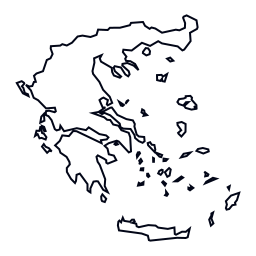 SVG path tracing the border of Greece
{"feature_id": "GRC", "entity_name": "Greece", "entity_type": "country or territory", "adm_level": 0, "iso_a3": "GRC", "parent_name": "Europe", "parent_adm1": "", "projection": "mercator", "projection_center": [23.941, 38.339], "detail": "fine", "context": "isolated", "style": "outline", "palette": "ink", "viewbox_px": 256, "rotation_deg": 0, "n_neighbors": 0, "source": "natural_earth", "source_scale": "50m", "svg_char_len": 5905}
<svg xmlns="http://www.w3.org/2000/svg" viewBox="0 0 256 256"><path d="M186.6,15.4L196.5,20.3L197.6,27.2L197.0,28.9L190.0,32.8L190.6,41.1L184.2,49.6L182.4,50.4L177.7,46.4L162.0,43.4L158.2,41.2L150.1,45.9L141.9,42.8L131.7,50.5L123.4,49.7L122.9,52.1L126.4,56.6L125.2,58.8L126.1,60.9L130.4,61.2L135.1,64.0L138.5,70.1L133.7,65.6L127.3,63.0L122.5,63.9L122.3,65.4L128.7,71.2L129.6,74.3L128.2,76.3L125.3,74.4L120.9,67.5L114.7,66.2L113.7,67.6L114.9,71.2L121.1,76.5L119.9,77.7L113.9,75.5L112.2,72.1L111.7,67.8L101.0,61.6L99.8,58.5L101.6,55.1L94.1,58.3L94.4,62.7L92.5,71.1L93.1,73.9L99.4,81.9L103.1,89.8L109.7,96.7L112.2,102.9L107.7,105.3L106.8,104.3L107.9,100.1L103.5,97.6L101.6,98.5L99.5,100.1L100.7,103.0L102.8,107.7L105.4,107.4L98.5,112.0L92.5,113.1L104.2,117.3L107.2,119.8L110.2,120.0L113.2,124.5L118.4,125.7L121.4,130.2L128.7,132.8L130.2,137.2L131.0,151.4L128.8,152.4L118.7,141.5L116.7,140.7L108.7,143.2L104.6,145.8L107.5,148.6L108.8,154.3L113.9,155.6L116.3,160.2L107.8,163.6L106.3,162.7L106.2,160.2L104.1,158.8L97.8,155.4L96.5,156.8L97.6,161.7L99.8,165.0L105.2,179.2L104.7,186.0L107.8,192.3L103.2,189.8L98.0,181.4L96.3,181.2L93.5,181.6L90.4,188.5L90.4,192.4L88.8,191.4L87.5,190.2L87.5,184.1L79.8,173.6L76.6,174.8L76.0,180.9L75.0,183.0L71.0,178.9L66.9,171.9L66.8,168.0L69.8,164.4L69.4,161.9L66.6,156.9L60.4,152.7L59.3,149.2L55.1,145.4L59.8,140.9L62.3,135.4L68.9,136.1L73.2,131.0L76.5,131.2L101.6,143.2L100.9,140.2L106.8,139.4L108.4,137.4L106.1,135.4L99.4,134.1L88.7,127.4L86.0,130.1L76.8,128.2L64.1,131.2L60.4,125.7L59.7,129.5L56.6,130.4L54.8,129.1L51.6,120.2L48.5,116.2L46.0,115.1L45.8,112.9L46.1,111.1L49.1,110.7L54.7,112.2L55.8,111.3L54.9,107.7L46.1,108.4L38.1,100.2L33.7,97.8L30.9,90.4L25.9,84.9L29.3,86.5L32.3,86.0L33.9,82.0L35.8,81.8L34.0,75.8L36.5,73.5L43.0,71.2L46.8,60.0L50.5,58.3L52.6,54.0L50.7,48.7L50.9,46.2L60.2,45.6L62.3,44.2L66.8,45.5L72.0,42.7L77.6,36.5L82.5,35.6L90.5,37.0L96.5,34.9L98.1,29.6L107.7,30.0L109.9,27.8L120.1,27.7L129.9,25.2L131.0,22.9L143.0,22.0L145.0,25.8L149.6,28.8L151.5,27.5L155.3,28.5L162.0,32.7L175.8,29.7L179.4,30.3L184.9,27.8L185.1,23.1L183.1,17.8L183.6,16.7L186.6,15.4ZM124.2,220.9L129.9,221.8L132.0,219.7L133.9,219.7L134.7,221.5L132.4,222.8L136.2,223.7L136.7,226.3L138.8,227.2L148.3,225.1L155.6,225.6L158.2,227.6L167.8,228.9L174.4,227.5L174.8,234.0L176.0,234.7L182.1,231.7L185.8,231.8L189.7,228.6L187.7,237.2L185.7,238.0L177.0,237.8L150.3,240.6L148.9,240.1L147.9,235.7L141.6,233.5L119.0,230.4L117.9,225.4L118.4,221.6L119.4,220.6L121.1,222.3L122.8,217.7L124.2,220.9ZM111.8,107.5L117.3,114.9L126.4,119.1L132.9,120.4L134.8,124.0L134.4,126.5L136.7,134.6L138.9,136.5L144.2,137.0L144.6,141.2L142.6,142.8L138.9,141.2L135.1,138.0L134.5,135.1L130.6,129.0L123.3,128.6L120.5,127.2L119.7,123.6L110.2,115.3L104.4,112.9L102.0,114.1L100.3,113.0L110.4,107.7L111.8,107.5ZM192.0,97.7L191.6,99.7L196.4,105.1L196.5,107.7L194.1,106.2L195.6,108.9L191.5,109.6L185.6,107.9L184.2,106.0L188.5,102.1L186.0,102.2L183.3,105.5L179.0,104.1L177.4,102.0L179.1,99.1L183.7,98.5L185.7,97.6L185.7,96.2L190.4,95.9L192.0,97.7ZM229.2,209.0L226.6,209.6L225.9,208.1L226.9,204.5L225.9,201.2L231.0,195.6L239.2,192.8L237.0,200.0L235.0,202.6L235.5,204.6L232.3,205.2L229.2,209.0ZM185.5,131.8L181.4,136.5L178.6,133.8L178.1,132.9L181.2,130.2L177.6,125.1L177.4,122.9L181.7,122.0L185.6,124.0L185.5,131.8ZM40.5,126.2L42.1,133.0L43.9,133.7L46.4,137.2L45.6,139.5L41.6,137.9L39.5,138.3L37.6,134.1L35.1,135.9L36.5,130.7L39.4,130.9L40.5,126.2ZM27.9,94.2L28.5,96.1L22.9,93.3L16.8,83.0L21.7,81.2L24.0,82.8L24.3,83.7L21.9,86.3L23.4,88.0L24.8,93.0L27.9,94.2ZM167.1,74.0L164.7,81.6L162.3,81.1L162.0,78.7L160.3,80.9L157.1,80.1L157.0,75.1L161.6,74.9L162.9,76.6L167.1,74.0ZM202.8,148.0L208.3,149.4L208.7,151.4L203.3,153.5L196.5,150.9L198.0,149.0L202.8,148.0ZM149.6,54.2L146.3,55.4L142.9,53.1L143.0,51.8L145.7,48.1L148.2,48.4L150.0,51.2L149.6,54.2ZM48.9,148.2L51.7,151.4L49.5,150.6L47.1,152.8L42.0,146.6L43.8,144.1L45.6,146.7L48.9,148.2ZM169.6,175.5L167.3,176.8L164.9,172.2L169.1,168.1L170.7,169.5L169.6,175.5ZM155.3,149.7L154.5,151.9L148.1,145.2L147.7,143.1L150.1,142.2L151.7,144.7L154.4,145.0L155.3,149.7ZM213.4,223.4L210.9,225.6L209.2,219.6L211.4,215.5L211.4,213.5L213.1,212.5L211.4,218.6L213.4,223.4ZM44.4,120.7L40.3,122.6L41.3,116.7L43.9,113.9L44.4,120.7ZM106.2,198.8L104.8,202.0L102.1,201.1L101.4,199.6L101.2,196.5L102.4,194.4L106.2,198.8ZM216.4,178.7L205.2,183.4L206.2,181.8L212.9,177.8L216.4,178.7ZM186.7,156.0L181.0,157.4L183.6,153.8L190.5,152.5L186.7,156.0ZM162.7,172.3L160.7,174.8L158.2,173.4L159.3,171.0L161.6,169.7L162.6,170.0L162.7,172.3ZM162.1,155.0L161.2,157.1L159.5,156.7L155.4,152.4L162.1,155.0ZM147.1,115.1L143.6,115.8L144.3,114.3L141.5,112.4L142.2,109.4L144.2,110.6L144.6,112.8L147.1,115.1ZM173.3,60.7L170.3,61.5L167.1,58.7L170.2,57.6L173.3,60.7ZM143.5,182.1L143.3,184.7L138.0,185.6L138.8,182.8L140.6,183.8L143.5,182.1ZM177.8,181.3L174.8,181.3L181.4,176.5L183.1,177.6L177.8,181.3ZM140.0,153.3L137.1,157.3L136.8,154.9L137.9,152.4L139.4,152.2L140.0,153.3ZM165.9,160.9L163.5,161.1L163.6,158.6L167.5,159.2L165.9,160.9ZM193.3,187.9L190.0,190.3L188.4,189.2L188.4,187.6L190.1,188.1L191.4,187.2L191.0,186.2L193.3,187.9ZM207.8,175.8L205.2,176.3L205.7,173.7L204.4,171.7L208.4,174.4L207.8,175.8ZM142.1,161.2L139.4,164.3L139.9,162.0L139.2,160.8L140.8,159.0L142.1,161.2ZM45.6,131.0L44.3,131.3L42.1,126.0L44.1,126.9L45.6,131.0ZM166.0,183.7L164.9,185.6L162.2,182.3L163.2,181.3L166.0,183.7ZM123.9,104.9L122.7,106.0L120.9,105.5L119.1,101.7L123.9,104.9ZM117.9,144.3L115.8,145.0L114.5,144.1L116.2,142.1L117.9,144.3ZM143.1,170.4L140.6,170.2L141.0,168.4L143.3,168.2L143.1,170.4ZM168.0,194.1L166.8,195.8L165.1,195.2L166.2,193.7L166.1,191.5L168.0,194.1ZM148.3,177.0L147.1,175.8L147.2,173.8L148.1,173.7L149.4,176.1L148.3,177.0ZM229.7,186.1L229.0,189.4L227.7,187.2L229.7,186.1ZM128.8,99.8L125.5,103.8L126.7,101.2L128.8,99.8ZM154.0,158.4L153.9,161.8L153.2,161.8L153.1,157.9L154.0,158.4Z" fill="none" stroke="#020617" stroke-width="2"/></svg>